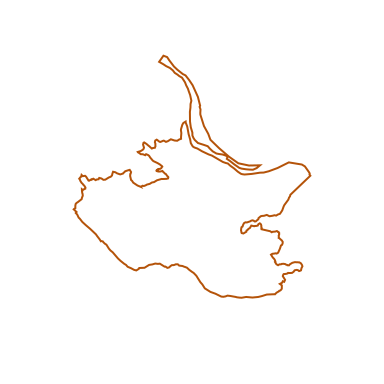 Al-Qusia, Asyut, Egypt (Mercator projection), rotated 328°
{"feature_id": "37247803B63984136807861", "entity_name": "Al-Qusia", "entity_type": "district", "adm_level": 2, "iso_a3": "EGY", "parent_name": "Egypt", "parent_adm1": "Asyut", "projection": "mercator", "projection_center": [30.825, 27.426], "detail": "fine", "context": "isolated", "style": "outline", "palette": "amber", "viewbox_px": 384, "rotation_deg": 328, "n_neighbors": 0, "source": "geoboundaries", "source_scale": "gbopen_adm2", "svg_char_len": 6107}
<svg xmlns="http://www.w3.org/2000/svg" viewBox="0 0 384 384"><g transform="rotate(328 192 192)"><path d="M223.9,128.9L221.2,128.9L219.5,129.8L216.2,132.7L215.4,133.6L214.5,135.7L214.1,136.5L211.6,139.9L210.9,141.1L209.1,140.7L206.6,140.7L204.5,139.1L202.0,136.1L198.2,136.1L196.9,135.7L196.5,135.7L195.3,133.5L194.0,133.1L193.2,133.1L191.5,132.7L190.7,131.4L190.2,129.7L189.8,128.9L188.1,128.9L186.9,130.1L186.5,131.8L186.1,132.3L185.2,133.9L184.4,134.4L184.0,134.8L181.9,133.9L181.0,133.9L180.2,131.4L180.2,131.0L179.8,130.1L179.4,128.9L178.9,127.2L177.7,124.6L176.9,124.6L175.6,125.9L174.8,128.9L173.9,129.7L172.7,130.1L170.2,130.1L167.2,129.3L167.2,129.7L168.1,131.4L168.5,132.7L169.7,133.5L170.6,134.3L171.8,136.0L173.1,135.6L174.3,137.3L174.8,138.6L174.8,140.7L175.2,143.2L175.2,143.7L175.6,145.3L178.1,149.2L179.4,151.7L179.8,153.0L180.2,153.8L180.2,154.7L179.8,154.7L179.4,155.1L178.5,155.5L177.3,155.5L175.6,154.6L175.2,155.1L173.9,154.6L173.1,155.1L173.1,155.5L174.3,156.8L175.6,157.6L176.4,158.0L178.1,158.5L178.1,159.3L178.5,160.6L178.9,162.3L179.4,163.1L179.4,164.8L179.8,166.5L179.8,166.9L178.9,167.8L177.3,167.3L174.3,165.6L173.1,164.8L168.5,163.5L165.1,163.5L163.0,162.7L160.5,162.7L157.6,161.8L156.3,161.8L154.3,161.4L153.4,160.5L151.7,160.5L151.3,159.7L151.3,160.5L149.2,157.6L147.1,152.9L147.1,150.8L146.7,149.5L148.0,145.7L149.2,144.0L149.6,144.0L150.9,142.8L150.9,140.2L149.6,139.8L146.3,139.0L145.0,139.4L144.2,139.4L143.4,139.8L141.7,139.4L140.4,139.0L138.3,136.4L137.5,134.7L135.8,133.0L134.2,134.3L132.9,135.6L131.2,136.0L129.1,135.6L125.0,135.6L123.3,134.7L122.4,132.6L120.8,130.9L119.9,131.3L119.5,131.7L117.8,130.9L116.6,130.9L115.3,128.4L114.5,128.4L113.6,127.9L113.2,128.4L112.0,127.9L110.7,127.9L110.3,127.5L110.3,122.9L109.9,121.6L109.0,121.2L107.8,120.7L107.4,119.0L106.1,120.3L105.3,120.3L103.4,121.0L103.6,121.6L103.2,123.3L103.2,125.8L103.6,127.1L103.6,127.9L104.0,129.6L104.0,131.7L103.2,132.2L103.2,132.6L102.3,132.6L101.1,132.2L100.3,132.6L100.0,131.5L99.2,132.9L98.8,133.7L98.3,135.0L98.3,135.4L97.5,137.1L97.1,137.5L95.8,138.4L94.6,139.6L89.6,140.1L88.3,140.1L87.0,140.5L85.8,141.8L84.5,143.9L82.9,143.9L82.5,144.0L83.5,147.8L82.3,148.2L82.7,150.3L82.3,153.7L82.7,155.0L83.1,159.2L84.4,163.9L86.1,169.3L88.1,177.0L88.2,179.1L88.6,183.3L88.6,185.4L89.0,185.4L90.2,186.7L90.2,187.5L90.7,189.6L91.5,191.3L91.5,196.0L91.9,198.5L92.8,201.1L94.0,209.1L94.9,212.5L96.5,217.1L97.4,218.8L97.8,221.3L99.9,224.3L101.6,227.3L103.2,229.0L106.2,229.0L107.0,228.5L111.6,231.1L117.0,231.1L120.0,232.4L122.9,233.2L125.0,234.9L126.7,235.7L129.2,240.8L130.0,241.2L130.9,243.3L132.5,243.8L132.9,243.8L134.6,243.4L136.3,243.4L137.5,244.2L138.8,244.6L139.6,244.6L141.1,245.4L141.7,245.9L142.1,247.6L144.7,249.7L145.9,251.4L146.3,251.8L147.6,253.5L148.4,256.5L149.7,259.8L150.5,261.5L151.3,265.3L151.3,272.9L151.8,275.9L151.8,280.5L154.7,286.5L158.0,290.7L161.4,296.2L163.1,297.5L165.1,298.3L167.2,298.7L169.3,300.4L173.5,304.2L174.3,305.1L176.4,306.8L178.1,308.0L182.3,309.7L187.3,313.5L192.5,316.1L196.1,317.3L201.1,318.6L207.8,322.4L208.1,322.7L210.3,322.2L211.4,322.2L213.0,322.3L213.6,322.0L214.6,322.3L215.8,322.1L216.9,321.6L218.7,318.8L217.8,316.5L220.3,316.7L221.7,315.8L222.6,317.0L224.4,315.8L224.4,315.3L224.4,311.5L225.1,310.8L226.2,310.2L228.0,311.1L229.1,311.5L230.0,311.7L230.5,311.5L232.3,312.7L233.9,313.6L235.9,313.5L237.5,312.8L238.7,313.2L239.6,313.6L240.4,314.4L240.9,315.8L242.1,316.1L242.9,316.2L244.6,314.5L246.2,313.6L246.6,312.4L246.6,310.3L245.8,308.6L245.0,308.1L244.6,307.7L243.3,306.9L242.1,306.0L239.5,305.2L236.6,305.2L235.4,305.6L234.1,304.7L234.1,304.3L233.3,303.5L232.9,302.6L231.6,301.4L229.9,300.5L229.1,300.5L227.8,299.7L226.2,299.7L225.3,298.0L225.3,295.4L225.8,295.4L226.2,293.8L226.2,292.1L225.8,290.4L225.8,287.0L227.4,287.0L229.1,287.8L230.4,288.3L231.2,289.1L232.9,289.1L236.6,286.6L239.1,284.5L240.4,284.5L241.6,283.6L242.5,282.4L242.5,280.7L241.6,277.7L241.6,277.3L241.2,276.9L242.1,275.6L242.5,274.8L243.3,274.4L243.7,273.5L244.2,273.1L244.2,271.8L243.7,271.4L243.7,270.9L243.3,270.1L241.7,269.7L239.1,268.4L238.3,268.4L237.5,266.7L231.2,260.4L231.6,259.5L232.0,259.5L232.5,257.9L232.9,257.4L233.3,256.2L233.3,255.7L232.9,254.5L231.2,254.5L230.0,255.3L228.7,254.9L227.0,254.0L226.6,254.0L224.5,251.9L222.0,253.2L220.3,253.2L219.1,253.6L217.8,253.6L217.0,254.5L213.6,254.4L212.4,253.2L212.4,252.7L212.8,251.9L213.2,250.6L214.1,249.4L215.3,248.1L216.6,248.1L217.4,247.3L218.2,246.8L219.5,246.0L221.2,246.0L222.4,246.9L225.8,247.7L227.1,247.7L228.3,248.1L229.1,249.0L229.5,250.2L230.4,250.7L233.3,250.3L233.7,250.3L234.6,249.4L237.5,249.0L238.7,249.4L240.4,250.3L243.3,251.1L244.6,253.2L245.0,253.7L247.9,254.9L249.6,255.4L250.9,256.6L252.9,256.6L255.0,257.1L257.1,256.2L258.8,255.4L262.1,252.8L263.4,252.0L269.7,249.5L271.3,248.2L272.8,247.6L273.9,246.5L301.0,240.9L300.9,239.5L301.5,238.9L301.7,238.1L301.7,236.6L301.3,230.1L299.7,226.9L289.8,218.2L277.3,217.0L268.1,215.1L263.1,213.5L259.8,211.6L252.4,208.4L245.8,205.0L243.9,203.4L243.1,202.4L241.6,199.0L240.1,194.1L238.4,190.0L237.5,186.8L236.1,185.4L234.1,182.9L228.2,171.7L226.0,168.9L222.1,162.8L219.6,158.0L217.6,155.5L216.8,153.8L216.8,151.9L216.9,149.9L218.3,146.4L219.8,141.1L221.1,137.9L222.7,133.8L223.4,129.9L223.9,128.9ZM263.8,205.4L254.3,199.7L246.5,192.2L242.1,181.7L238.2,169.2L235.3,157.5L236.6,151.3L237.1,142.4L240.1,130.8L240.9,129.4L243.0,126.4L243.6,123.8L244.6,123.2L247.4,114.5L249.1,101.8L248.9,95.5L248.3,89.7L246.7,87.1L244.4,80.6L243.2,76.0L242.5,68.3L242.4,64.4L240.0,61.3L233.1,64.2L235.4,68.5L236.8,71.6L239.0,75.1L240.2,78.7L240.5,81.8L241.9,84.8L242.6,86.9L244.1,89.7L244.2,95.3L243.6,98.4L243.3,102.2L242.6,105.0L241.8,108.8L239.8,114.3L237.4,116.6L235.4,119.6L232.7,122.9L227.6,131.3L225.3,136.4L223.8,141.8L222.3,144.3L221.9,146.8L221.9,149.2L223.0,153.6L227.0,158.3L229.6,161.5L230.1,164.6L231.1,168.5L233.1,172.3L235.5,174.5L237.7,176.3L239.3,178.2L240.7,180.2L240.4,181.3L239.1,182.3L240.6,185.7L242.5,191.0L244.9,196.6L246.5,198.5L249.9,201.4L252.7,203.5L255.5,205.4L259.5,206.0L263.8,205.4Z" fill="none" stroke="#b45309" stroke-width="2"/></g></svg>